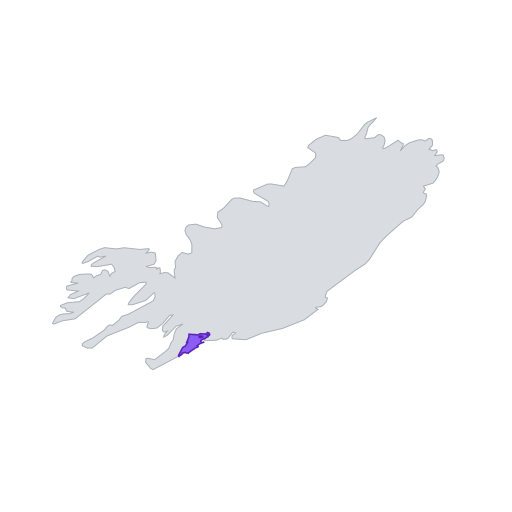 Sveitarfélagið Ölfus, Suðurland, Iceland shown in context, rotated 334°
{"feature_id": "244011B93058264602287", "entity_name": "Sveitarfélagið Ölfus", "entity_type": "district", "adm_level": 2, "iso_a3": "ISL", "parent_name": "Iceland", "parent_adm1": "Suðurland", "projection": "natural_earth1", "projection_center": [-21.424, 63.983], "detail": "fine", "context": "in_parent", "style": "filled", "palette": "violet", "viewbox_px": 512, "rotation_deg": 334, "n_neighbors": 0, "source": "geoboundaries", "source_scale": "gbopen_adm2", "svg_char_len": 6703}
<svg xmlns="http://www.w3.org/2000/svg" viewBox="0 0 512 512"><g transform="rotate(334 256 256)"><path d="M388.9,192.2L393.4,192.4L400.5,190.7L410.8,185.6L415.1,184.6L425.1,184.6L413.2,189.4L408.8,194.7L405.6,197.3L405.7,198.5L414.4,201.7L418.5,200.6L420.3,201.0L422.0,202.6L423.3,205.6L422.7,208.7L420.3,211.9L417.1,214.5L417.6,215.4L420.3,215.8L434.4,214.2L436.2,218.1L437.5,219.4L437.1,220.7L431.7,224.8L438.2,222.2L443.4,221.5L452.5,222.8L456.2,224.3L458.5,227.0L462.9,226.1L465.0,227.6L465.2,229.3L463.4,233.7L458.2,235.9L461.6,239.1L464.3,239.2L464.8,239.9L464.6,241.8L460.6,244.1L467.5,246.5L468.4,247.5L468.1,250.3L467.0,251.9L465.0,252.9L460.1,253.0L457.2,254.1L458.3,255.9L457.6,260.7L453.9,264.6L450.4,266.7L446.9,268.1L437.1,266.6L437.6,270.0L434.2,272.1L434.9,273.9L436.2,274.8L435.7,277.0L431.4,281.7L428.3,283.2L422.0,285.0L413.1,289.3L403.9,289.2L381.5,295.3L372.7,298.7L357.0,308.5L350.3,311.1L338.8,312.4L304.2,318.9L300.4,322.8L300.3,323.6L301.8,325.1L299.3,327.9L294.1,329.9L291.6,329.9L287.2,328.2L286.7,329.0L288.5,331.1L271.5,334.5L247.9,332.7L227.0,327.9L210.4,326.9L198.7,320.2L198.4,319.1L199.6,317.1L203.9,316.2L201.8,314.2L194.8,317.7L192.5,317.6L189.5,316.2L189.4,314.8L183.5,314.3L173.4,310.0L172.6,309.0L175.0,307.6L174.6,307.4L169.1,307.6L161.1,311.5L113.7,313.0L112.1,311.0L110.2,303.3L111.9,300.1L113.9,300.4L119.4,304.7L132.1,302.3L137.2,300.7L142.0,296.5L144.7,295.2L148.6,289.9L152.5,286.6L160.5,285.1L153.3,284.1L141.4,288.4L137.4,288.4L139.3,286.5L143.4,284.5L140.6,284.3L139.5,283.4L139.4,281.4L141.5,278.2L155.6,272.6L152.3,271.5L142.5,275.8L135.4,277.3L129.6,275.3L126.8,272.7L127.0,271.5L130.4,268.2L129.9,267.5L127.6,267.2L121.3,264.1L111.4,264.4L87.0,262.6L68.5,266.9L64.1,264.9L60.5,260.6L61.3,259.0L64.5,258.0L73.5,258.1L86.9,256.1L92.9,253.6L95.3,254.3L96.4,255.5L104.6,253.6L108.9,251.4L116.2,252.4L143.8,251.3L147.4,248.4L148.8,245.0L148.2,244.3L138.1,247.4L135.8,247.4L124.1,245.7L119.8,243.8L121.2,242.3L127.5,239.1L143.3,233.6L145.5,232.5L145.7,231.3L139.5,228.9L127.6,229.6L124.6,226.8L114.8,225.2L108.2,226.2L104.7,224.6L65.9,233.2L53.4,229.3L44.4,228.6L43.6,227.3L48.9,223.5L52.5,222.8L56.1,223.2L62.9,225.9L67.7,226.7L61.8,222.8L61.6,219.0L59.7,218.1L58.0,215.6L58.7,214.8L65.8,215.3L77.1,219.6L82.7,218.8L90.0,216.1L73.7,214.5L68.8,211.1L72.4,209.4L80.8,209.6L71.5,203.7L71.1,202.7L72.7,200.1L84.4,202.4L78.3,198.9L78.1,198.1L79.9,197.5L80.9,195.4L83.8,194.5L89.7,195.3L98.8,199.3L100.1,200.4L100.4,204.5L104.0,203.8L108.3,204.4L111.9,201.6L114.3,202.3L116.2,204.8L115.9,210.2L118.4,208.3L122.7,208.2L123.4,203.7L122.6,200.1L108.7,196.0L103.3,193.0L103.9,191.9L106.6,191.0L121.2,190.3L115.0,188.5L113.4,186.7L102.4,187.4L96.8,186.7L96.7,185.8L98.9,184.4L105.6,181.6L118.4,181.4L123.5,182.1L133.3,188.3L141.1,190.8L154.3,199.1L162.7,202.3L163.1,203.1L161.7,204.1L158.5,205.2L163.5,206.6L166.5,208.8L166.7,209.8L164.0,216.5L160.8,218.7L153.0,217.4L154.8,219.5L160.4,221.8L161.7,223.1L160.9,224.4L163.5,224.0L164.4,224.7L163.1,228.5L161.8,229.9L166.4,230.7L169.6,232.6L173.5,240.3L175.6,234.4L176.7,232.2L178.6,231.4L180.9,225.3L186.1,221.8L191.0,220.4L196.0,224.6L199.7,225.0L203.4,217.6L203.9,212.2L202.7,206.2L203.3,201.9L205.8,199.4L209.1,198.6L216.1,201.1L222.0,207.1L230.8,213.5L237.0,215.2L238.1,215.0L239.1,212.9L238.1,204.3L240.9,199.8L248.1,198.7L259.0,194.5L261.6,194.4L267.0,196.8L276.9,205.4L283.8,209.3L287.6,215.7L289.2,216.9L290.7,214.9L290.8,212.1L282.1,198.9L282.0,197.2L282.8,195.7L297.8,196.4L301.2,197.9L311.8,205.4L316.9,202.3L326.9,193.5L330.4,193.7L339.1,197.3L342.6,197.0L352.7,193.8L354.7,189.7L350.1,181.3L351.9,179.6L361.2,177.5L371.4,177.9L382.1,185.7L382.7,189.3L388.9,192.2Z" fill="#d9dde1" stroke="#a8b0b8" stroke-width="1"/><path d="M154.8,304.8L153.3,305.8L150.0,306.1L142.7,311.4L142.8,312.5L143.1,312.3L143.3,312.3L143.5,312.3L143.6,312.2L143.8,312.2L144.0,312.2L144.4,312.2L144.5,312.2L144.8,312.1L145.0,312.1L145.4,312.0L145.5,312.0L145.5,311.9L145.8,311.9L146.1,311.8L146.3,311.8L146.4,311.7L146.5,311.6L146.6,311.4L146.7,311.2L146.8,311.0L147.0,311.1L147.3,311.1L147.5,311.1L148.0,311.1L148.4,311.1L148.5,311.2L148.9,311.2L149.1,311.2L149.6,311.4L149.9,311.5L150.0,311.7L150.2,311.8L150.3,311.8L150.4,312.0L150.5,312.2L150.5,312.3L150.7,312.5L150.8,312.5L151.1,312.7L151.2,312.8L151.3,312.8L151.5,312.9L151.6,313.0L151.9,313.1L152.0,313.2L152.1,313.3L152.1,313.2L152.4,313.2L152.6,313.3L152.8,313.3L153.0,313.3L153.3,313.4L153.5,313.3L153.9,313.3L154.0,313.3L154.2,313.2L154.3,313.2L154.5,313.2L154.8,313.1L155.1,313.0L155.3,313.0L155.3,312.9L155.5,312.9L155.9,312.8L156.0,312.8L156.3,312.8L156.7,312.7L157.1,312.7L157.3,312.7L157.5,312.6L158.0,312.6L158.7,312.5L158.8,312.5L159.0,312.5L159.3,312.5L159.4,312.4L159.5,312.4L159.8,312.4L160.0,312.3L160.2,312.2L160.6,312.1L161.1,312.1L161.5,312.1L161.9,312.2L162.0,312.2L162.4,312.2L162.6,312.3L162.9,312.3L163.0,312.3L163.4,312.3L163.6,312.3L163.9,312.2L164.1,312.2L164.3,312.1L164.5,312.0L164.4,312.0L164.5,311.9L164.4,311.8L164.4,311.7L164.2,311.6L164.4,311.5L164.4,311.4L164.4,311.5L164.2,311.6L164.1,311.4L164.0,311.2L164.3,311.3L163.9,311.2L164.0,311.1L164.2,310.9L164.3,310.8L164.7,310.7L165.1,310.5L165.6,310.4L166.3,310.3L166.6,310.3L167.5,310.3L168.0,310.3L168.3,310.3L168.5,310.3L168.9,310.3L169.8,310.5L170.2,310.5L170.4,310.6L170.5,310.6L170.4,310.5L170.5,310.4L170.4,310.4L169.9,310.1L169.5,309.9L169.1,309.6L168.9,309.4L168.8,309.2L168.7,308.9L168.7,308.7L168.8,308.5L169.0,308.3L169.2,308.1L169.4,307.9L169.5,307.8L169.8,307.8L170.2,307.7L170.4,307.6L171.8,307.5L172.1,307.5L172.4,307.6L172.9,307.7L173.3,307.8L173.5,307.8L173.8,307.8L174.5,307.7L174.9,307.5L175.1,307.5L175.5,307.5L175.8,307.5L175.9,307.4L176.0,307.4L176.2,307.5L176.5,307.4L177.6,307.5L178.0,307.2L177.7,306.3L177.6,306.2L177.2,305.2L178.3,306.1L178.6,306.2L179.4,306.7L179.6,306.7L179.8,306.5L179.9,306.4L180.0,306.2L179.9,305.7L179.9,305.4L180.2,305.0L179.8,304.6L179.7,304.5L179.7,304.3L178.8,303.4L178.5,303.4L177.6,304.5L176.1,303.7L175.3,303.2L174.4,302.9L173.4,302.3L172.9,302.2L172.3,301.5L170.1,301.3L168.3,301.3L167.2,300.0L166.3,299.7L161.5,296.9L160.1,299.4L158.9,300.4L156.9,302.3L157.1,302.5L156.8,302.6L156.3,302.8L155.7,303.3L156.4,303.9L154.8,304.8ZM170.5,303.2L170.6,303.3L170.8,303.3L171.0,303.4L171.0,303.5L171.3,303.6L171.4,303.8L171.5,304.0L171.6,304.3L171.8,304.3L172.0,304.5L172.1,304.8L172.2,304.7L172.4,304.7L172.6,304.6L172.9,304.7L172.9,304.9L172.7,305.3L172.6,305.1L172.4,305.0L172.0,304.8L171.9,304.9L171.7,305.0L171.5,305.3L170.9,304.8L170.4,305.1L169.6,304.3L170.1,304.0L169.5,303.5L169.6,303.4L169.8,303.4L169.8,303.5L169.9,303.4L170.0,303.4L170.2,303.2L170.3,303.2L170.5,303.2Z" fill="#8b5cf6" stroke="#5b21b6" stroke-width="1.5"/></g></svg>